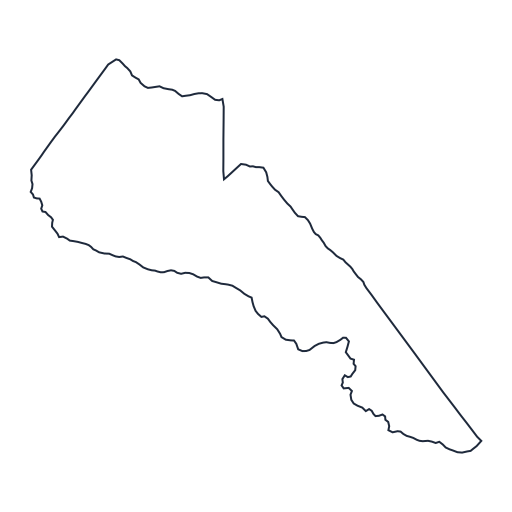 outline of Jaguaré, Espírito Santo, Brazil
{"feature_id": "56859067B91185304264110", "entity_name": "Jaguaré", "entity_type": "district", "adm_level": 2, "iso_a3": "BRA", "parent_name": "Brazil", "parent_adm1": "Espírito Santo", "projection": "albers", "projection_center": [-39.98, -18.968], "detail": "fine", "context": "isolated", "style": "outline", "palette": "slate", "viewbox_px": 512, "rotation_deg": 0, "n_neighbors": 0, "source": "geoboundaries", "source_scale": "gbopen_adm2", "svg_char_len": 3486}
<svg xmlns="http://www.w3.org/2000/svg" viewBox="0 0 512 512"><path d="M481.3,440.9L477.1,436.7L472.8,431.0L469.6,426.8L466.8,423.1L461.7,416.6L459.1,413.2L455.2,408.0L451.9,403.7L443.3,392.5L413.3,351.6L389.7,319.7L383.1,310.8L377.2,302.8L371.6,295.0L366.4,288.1L364.3,284.7L363.4,282.0L360.9,279.3L358.0,277.0L355.9,274.3L353.7,271.4L352.3,269.0L350.4,266.7L347.6,264.2L345.5,262.3L343.3,259.6L340.1,258.1L336.5,255.9L332.9,252.3L330.3,250.1L327.8,248.4L325.6,246.1L323.7,242.7L321.8,240.2L320.3,237.8L318.3,235.4L315.7,234.1L313.9,232.0L312.2,228.7L310.1,223.6L307.9,220.1L304.9,217.1L301.6,216.8L298.0,216.2L294.8,212.7L292.2,209.0L290.6,206.6L287.3,203.5L284.0,199.6L281.2,195.9L278.6,192.2L275.0,189.7L272.1,186.5L270.1,184.0L267.9,181.0L267.4,176.9L266.2,172.3L263.4,167.7L259.1,167.1L255.8,167.1L252.9,166.3L249.9,166.5L246.0,164.7L241.0,164.0L227.5,176.4L224.0,179.3L223.3,171.1L223.4,158.8L223.4,139.6L223.6,120.4L223.7,106.7L222.4,99.0L219.2,100.3L215.1,99.8L211.4,97.1L207.0,94.1L202.3,93.2L198.4,93.3L194.4,94.0L190.1,95.2L185.4,95.8L182.1,96.3L178.6,93.9L175.1,90.9L172.2,89.7L168.6,89.2L163.5,88.2L159.5,86.3L156.2,86.8L151.7,87.5L147.9,87.9L144.5,86.3L140.6,82.9L138.7,79.4L135.6,77.7L132.0,75.4L130.3,71.4L127.2,68.0L125.0,66.2L122.7,63.6L119.3,60.2L116.1,59.4L113.0,61.4L108.2,64.5L105.4,68.4L96.5,80.5L87.6,92.7L85.4,95.6L75.3,109.5L72.7,113.2L68.8,118.3L65.2,123.3L63.2,126.0L57.8,133.0L55.1,136.4L50.9,142.1L44.1,151.6L41.6,155.3L38.3,159.9L31.1,169.7L31.7,175.3L31.4,180.5L32.5,184.1L32.1,188.2L30.7,191.9L33.0,194.5L33.9,197.5L36.7,198.4L39.6,198.6L41.2,201.7L42.3,205.3L41.2,208.7L42.5,211.5L45.5,212.0L48.1,215.0L51.1,217.3L52.9,219.8L52.2,222.8L52.0,226.7L55.2,230.7L57.5,233.7L59.1,237.1L63.0,236.6L67.2,238.7L69.8,240.6L73.4,241.1L77.9,241.9L82.0,243.0L85.6,243.9L88.7,245.1L91.1,246.9L93.3,249.3L96.0,250.5L99.1,252.3L104.4,253.5L109.2,253.7L112.8,255.3L115.6,256.4L119.2,257.0L122.9,256.5L126.3,257.9L130.3,259.3L133.0,261.0L135.9,262.1L139.5,264.5L143.2,267.4L147.9,269.3L151.8,270.3L155.0,270.6L157.5,271.5L160.8,272.3L164.0,272.2L167.5,271.0L171.0,270.3L174.3,270.9L177.2,272.8L181.1,273.8L185.2,272.8L189.3,273.0L193.2,274.3L197.1,276.6L200.7,277.9L204.1,277.4L208.3,277.4L212.2,281.0L216.0,282.1L221.2,283.7L225.4,284.2L228.1,284.6L232.4,285.7L235.8,287.8L240.2,290.4L244.3,293.8L248.5,296.3L251.6,297.6L252.5,302.1L253.6,306.1L255.6,310.9L258.0,313.9L261.4,316.9L264.4,316.3L267.9,318.7L270.3,322.0L273.1,325.2L277.2,329.2L280.1,333.8L281.5,337.1L285.8,339.7L291.0,340.4L294.0,340.5L296.3,343.8L298.2,349.3L302.4,351.1L306.2,351.0L309.5,350.0L314.6,346.0L318.8,343.8L323.2,342.6L326.4,342.2L330.0,342.9L333.5,343.1L336.5,342.1L340.4,339.8L343.1,337.7L346.0,337.8L348.9,341.4L347.5,346.7L345.8,352.2L348.6,356.0L350.5,358.6L354.0,359.7L353.6,363.8L355.6,366.2L355.2,370.2L352.4,373.8L350.7,376.5L347.8,377.1L344.8,375.3L342.4,379.1L342.8,382.6L341.6,385.4L343.7,388.4L348.7,387.9L351.9,391.0L350.5,394.7L351.3,399.8L353.7,403.5L357.5,405.7L362.3,407.6L365.8,411.1L369.1,409.1L371.7,410.8L373.5,414.0L375.5,416.1L378.9,415.8L382.5,414.5L385.1,416.4L385.4,419.8L388.2,421.9L389.2,426.2L388.4,430.2L392.6,432.3L397.6,431.2L400.6,431.6L403.4,434.0L406.7,435.9L410.0,436.8L413.2,437.9L416.8,439.8L419.5,440.8L422.7,441.2L428.0,440.8L431.8,441.6L435.7,443.0L439.3,441.8L442.8,444.5L445.7,447.5L449.5,449.3L452.7,450.4L457.4,452.2L462.1,452.6L467.4,451.4L470.6,450.9L472.9,449.0L476.6,446.1L481.3,440.9Z" fill="none" stroke="#1e293b" stroke-width="2"/></svg>